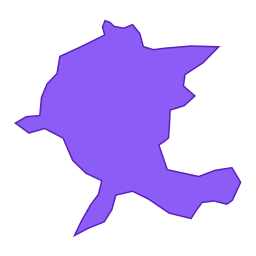 the border of Ağdam
{"feature_id": "AZE-1691", "entity_name": "Ağdam", "entity_type": "District", "adm_level": 1, "iso_a3": "AZE", "parent_name": "Azerbaijan", "parent_adm1": "", "projection": "equal_earth", "projection_center": [47.008, 40.009], "detail": "fine", "context": "isolated", "style": "filled", "palette": "violet", "viewbox_px": 256, "rotation_deg": 0, "n_neighbors": 0, "source": "natural_earth", "source_scale": "10m", "svg_char_len": 1026}
<svg xmlns="http://www.w3.org/2000/svg" viewBox="0 0 256 256"><path d="M28.9,133.0L15.4,123.1L23.4,118.4L26.5,116.7L39.8,115.6L41.5,97.4L47.1,83.9L57.0,73.6L59.9,56.4L63.6,54.7L66.0,53.6L80.6,46.9L104.7,35.0L102.5,27.1L102.4,27.0L105.1,20.6L105.5,20.8L110.0,22.4L114.1,26.4L123.7,28.2L132.6,24.6L139.8,33.6L143.3,46.6L153.4,49.7L157.4,49.2L157.9,49.1L164.1,48.3L191.2,46.0L218.7,46.8L203.0,62.8L185.0,74.5L183.4,86.0L194.9,95.9L184.3,105.6L181.9,106.3L180.7,106.7L170.1,110.1L169.5,123.9L168.5,138.0L163.8,141.8L158.8,144.9L167.3,169.7L198.5,176.5L198.8,176.5L215.1,170.3L231.9,167.7L240.6,182.3L232.5,200.0L229.6,202.4L226.6,204.2L220.8,202.7L214.2,201.0L204.4,202.1L202.1,202.4L200.6,204.4L198.3,207.6L196.1,210.6L191.1,218.5L169.3,213.2L148.4,199.0L132.5,191.2L115.9,195.1L111.8,209.7L104.2,221.8L89.2,227.8L74.6,235.4L81.4,221.1L82.2,219.7L89.6,206.7L90.7,204.8L98.5,194.3L101.8,180.7L86.1,173.3L80.0,167.5L72.7,160.4L70.3,154.9L63.1,138.1L44.6,128.5L28.9,133.0Z" fill="#8b5cf6" stroke="#5b21b6" stroke-width="1.5"/></svg>